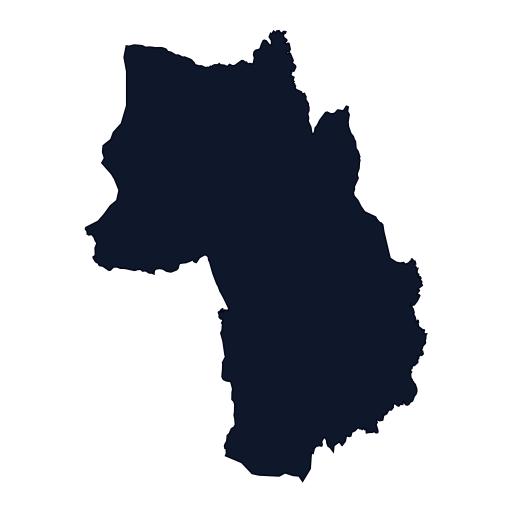 the district of Kandreho, Betsiboka, Madagascar
{"feature_id": "10022922B38821373259374", "entity_name": "Kandreho", "entity_type": "district", "adm_level": 2, "iso_a3": "MDG", "parent_name": "Madagascar", "parent_adm1": "Betsiboka", "projection": "natural_earth1", "projection_center": [46.108, -17.43], "detail": "fine", "context": "isolated", "style": "filled", "palette": "ink", "viewbox_px": 512, "rotation_deg": 0, "n_neighbors": 0, "source": "geoboundaries", "source_scale": "gbopen_adm2", "svg_char_len": 5979}
<svg xmlns="http://www.w3.org/2000/svg" viewBox="0 0 512 512"><path d="M416.8,391.6L416.7,388.9L415.2,384.3L414.0,383.2L413.4,381.8L412.3,381.6L412.4,380.2L410.8,377.5L410.5,373.9L411.5,371.8L410.3,370.7L410.6,369.4L411.8,368.6L412.3,366.4L413.4,365.2L414.4,365.5L417.8,362.3L417.5,359.2L418.6,358.6L418.5,356.5L419.4,356.0L419.7,354.9L421.7,355.4L423.2,353.9L422.5,351.0L421.3,350.3L421.1,349.2L422.0,348.9L422.9,345.9L425.3,343.4L425.5,342.4L425.0,340.4L425.7,338.7L425.8,335.8L426.6,333.9L425.4,334.1L423.8,332.8L423.8,331.6L424.4,330.8L424.2,329.9L421.8,329.7L421.7,328.9L419.5,327.4L418.3,326.0L418.4,324.9L417.6,323.7L418.5,322.5L418.2,320.5L417.7,320.5L417.1,321.7L416.2,321.6L415.0,316.9L413.6,314.3L414.1,312.4L413.0,308.6L412.3,308.0L411.9,306.5L410.2,306.3L410.7,303.6L411.4,303.8L411.9,305.1L414.2,304.9L417.2,301.0L419.8,295.6L419.0,294.7L417.0,294.2L417.2,293.3L419.3,290.7L419.3,290.1L418.3,289.4L418.4,288.3L422.3,285.4L421.5,283.8L421.7,281.5L419.9,279.8L420.8,278.7L420.9,278.0L420.0,276.7L418.3,276.5L418.7,274.3L417.2,273.6L417.0,270.8L417.8,268.4L416.3,268.8L416.0,266.9L414.8,265.8L414.9,264.5L415.7,264.0L415.0,261.2L413.8,261.0L412.1,258.9L411.5,259.1L411.1,261.1L410.1,261.3L408.7,263.0L405.4,264.3L403.6,262.5L400.3,263.1L396.3,262.3L390.1,258.3L383.8,231.8L382.8,224.9L381.3,223.1L379.4,222.4L376.5,218.8L375.7,217.1L364.6,211.8L360.9,206.5L357.8,200.4L354.1,196.1L353.3,192.7L354.4,189.5L354.3,186.5L358.2,178.0L357.4,176.2L357.1,173.8L359.0,168.4L359.4,162.2L359.9,160.3L359.6,159.3L358.5,158.2L359.6,157.6L359.8,156.8L358.0,151.3L356.0,148.5L355.4,141.3L354.3,139.7L353.3,136.5L350.8,133.4L348.5,126.8L348.0,121.9L349.2,114.5L347.5,111.4L348.2,106.9L346.4,106.2L344.0,109.9L342.9,110.9L338.6,110.0L337.4,110.2L335.3,112.8L333.6,113.6L331.0,113.9L327.1,112.1L325.5,112.6L319.7,120.4L317.3,125.4L315.1,128.1L314.8,131.2L313.5,134.1L313.1,134.2L311.8,133.1L310.8,127.0L308.1,121.2L308.6,117.9L307.6,113.7L308.9,110.6L308.9,107.1L308.2,105.4L308.3,103.6L305.7,99.5L306.0,96.6L304.8,94.9L304.6,93.5L302.5,93.9L301.8,93.3L301.5,92.0L295.9,89.4L295.0,87.6L295.5,86.2L294.8,85.4L294.7,84.2L293.0,82.7L294.0,81.5L292.9,80.3L293.9,77.2L291.8,76.2L290.7,74.9L291.6,72.4L291.5,70.4L293.1,71.2L294.0,71.0L295.8,66.8L295.2,65.5L292.3,63.1L292.3,62.2L293.1,61.0L293.0,60.0L290.3,53.5L289.4,53.0L287.8,54.2L286.3,53.2L287.1,51.6L289.1,51.9L290.2,49.2L289.0,43.5L288.2,43.2L286.5,44.0L284.4,42.5L284.6,42.0L286.3,41.5L286.9,40.3L286.6,39.6L283.8,37.5L283.3,35.1L283.6,34.2L285.5,33.0L285.8,31.7L283.7,31.4L281.4,33.3L280.5,32.8L279.1,30.7L276.7,31.0L275.7,32.9L273.6,31.1L271.8,34.0L270.6,33.3L269.2,37.0L271.5,40.5L271.6,44.6L269.6,45.2L266.2,40.8L264.3,40.2L263.2,40.7L261.4,44.6L260.2,48.5L258.9,49.5L255.8,50.2L254.1,51.9L253.6,54.9L254.5,57.9L253.4,63.1L252.8,64.1L249.8,63.5L247.6,64.0L246.5,62.1L245.4,62.4L243.2,60.7L241.7,60.6L235.1,65.4L232.7,65.9L229.5,64.4L227.3,66.7L224.2,65.2L220.3,64.9L219.2,63.6L217.7,64.9L214.8,64.8L212.9,65.5L212.2,66.6L210.6,66.2L208.7,67.6L207.2,67.3L205.4,67.7L201.3,65.8L198.7,66.0L197.7,65.4L196.5,65.4L194.8,64.3L194.1,62.8L191.5,60.0L190.1,59.2L184.5,57.0L182.7,57.3L178.3,55.0L175.8,55.2L171.1,52.3L167.4,51.5L166.7,49.9L165.5,48.9L161.7,47.7L155.8,47.8L150.1,47.1L145.3,47.3L142.2,45.7L134.2,45.0L129.1,46.3L126.3,45.9L124.1,57.2L126.7,71.4L126.7,105.6L121.4,123.6L113.4,132.5L110.9,139.5L103.2,145.6L102.6,152.2L104.5,158.1L101.8,162.9L111.6,174.0L114.6,179.0L119.1,190.2L116.8,200.5L110.4,205.8L104.1,214.5L98.1,221.3L86.0,227.5L85.4,229.0L87.2,231.4L87.2,234.0L88.9,235.0L91.3,234.3L92.4,235.1L94.2,237.6L95.4,240.9L96.7,242.6L96.8,243.7L95.1,248.0L95.4,254.3L95.0,255.8L93.1,256.9L93.3,258.0L95.3,261.3L96.3,262.3L98.1,263.0L99.3,265.4L103.0,266.2L108.7,270.2L110.4,270.1L113.4,267.0L116.9,266.9L120.3,268.2L125.2,268.4L134.6,270.4L137.6,269.5L140.6,269.3L142.7,271.1L145.6,270.7L149.2,273.0L151.7,273.0L154.0,274.0L154.2,271.1L154.7,270.0L156.0,269.0L159.4,268.4L162.8,268.9L166.6,271.2L170.9,272.0L176.4,269.9L177.9,268.5L179.0,264.2L180.3,263.2L186.0,262.6L190.6,260.9L192.5,259.4L193.9,261.6L196.2,262.5L199.5,257.6L204.3,254.9L206.3,255.0L208.3,256.8L208.7,260.1L209.7,261.9L212.9,273.3L216.7,283.4L218.4,286.5L220.0,291.1L223.3,296.9L228.3,307.3L228.8,306.7L229.4,307.2L227.9,310.5L224.6,310.1L224.2,311.2L223.5,311.6L222.7,308.8L221.7,309.2L220.2,310.9L220.6,311.7L218.7,311.9L218.4,312.3L219.3,315.0L219.1,317.1L220.7,318.9L222.6,319.0L222.8,321.4L221.8,322.5L221.7,323.1L222.6,323.2L222.1,330.2L220.8,333.1L223.0,341.1L225.0,355.0L225.6,356.7L222.5,362.7L222.8,363.6L222.6,369.9L222.0,376.8L223.4,379.5L226.2,380.8L230.1,381.4L230.9,382.0L232.7,388.9L232.1,392.7L232.0,399.5L233.6,401.1L234.4,402.9L234.8,405.2L234.6,412.0L234.1,415.1L234.9,418.8L235.4,424.6L234.2,427.0L231.4,428.8L229.3,433.7L227.3,435.4L226.8,441.2L225.0,444.3L224.5,446.1L225.0,448.5L226.5,448.9L226.6,449.4L226.2,450.9L226.6,453.0L225.5,455.7L241.7,462.5L252.1,473.5L259.0,475.0L279.2,476.0L285.0,472.8L293.0,475.4L299.0,476.0L302.6,481.3L310.2,468.7L311.3,452.7L313.1,453.5L314.3,448.4L316.2,446.3L319.3,445.5L321.1,446.1L321.9,445.8L322.2,444.5L321.7,443.0L321.8,440.8L323.7,437.8L324.7,437.7L325.7,438.4L326.7,440.6L326.9,443.2L328.2,446.3L330.1,447.4L333.3,451.7L333.9,445.7L338.8,442.1L340.5,442.9L341.6,445.1L342.1,445.4L345.3,441.2L346.2,436.2L347.7,436.0L349.3,436.5L350.9,435.9L351.7,432.2L355.0,430.7L357.4,428.1L358.7,427.8L359.9,428.8L361.4,428.7L362.1,429.5L363.7,428.2L364.5,429.5L366.2,429.8L366.4,432.9L369.3,432.3L372.4,432.3L373.9,431.4L375.8,432.7L377.1,432.8L377.9,432.1L377.8,430.4L376.0,424.5L377.2,422.5L376.5,420.9L377.0,420.0L377.8,419.8L379.5,420.7L382.7,420.1L383.6,415.4L386.7,413.8L388.5,410.3L389.2,409.9L391.4,409.9L393.3,407.2L393.2,404.8L394.4,403.6L395.1,403.6L397.4,405.6L398.8,406.1L400.2,404.2L402.7,404.4L403.1,401.6L403.8,401.1L404.4,402.8L405.8,404.7L407.2,405.1L408.8,404.3L410.1,402.2L412.5,401.0L414.3,396.1L415.9,394.2L416.8,391.6Z" fill="#0f172a" stroke="#020617" stroke-width="1.5"/></svg>